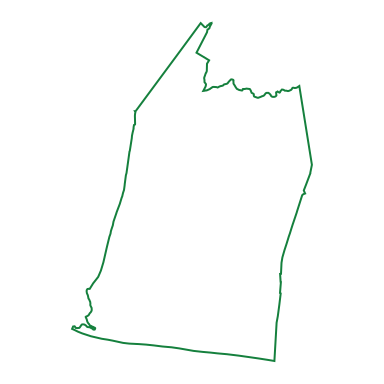 Santo Domingo Armenta, Oaxaca, Mexico (orthographic projection)
{"feature_id": "50627088B1685589835575", "entity_name": "Santo Domingo Armenta", "entity_type": "district", "adm_level": 2, "iso_a3": "MEX", "parent_name": "Mexico", "parent_adm1": "Oaxaca", "projection": "orthographic", "projection_center": [-98.373, 16.341], "detail": "fine", "context": "isolated", "style": "outline", "palette": "green", "viewbox_px": 384, "rotation_deg": 0, "n_neighbors": 0, "source": "geoboundaries", "source_scale": "gbopen_adm2", "svg_char_len": 4003}
<svg xmlns="http://www.w3.org/2000/svg" viewBox="0 0 384 384"><path d="M134.9,111.2L135.4,112.2L135.3,112.7L135.1,113.6L135.0,114.6L134.9,115.9L135.0,119.7L135.1,124.1L135.0,124.5L134.0,125.0L133.7,126.6L133.6,127.5L133.5,128.3L133.6,128.5L133.5,129.1L132.7,132.3L132.0,135.7L131.9,136.8L131.8,138.1L129.8,150.9L129.5,151.5L128.0,162.4L126.5,173.1L125.9,175.2L124.9,182.9L124.8,183.5L124.6,185.6L124.0,190.0L123.0,193.0L122.2,196.5L121.7,197.6L119.8,203.9L116.5,212.6L116.5,212.8L113.5,221.6L112.8,225.4L111.6,228.9L110.9,231.2L110.5,233.7L109.4,236.8L106.9,247.0L103.4,262.3L103.3,262.6L100.9,270.6L98.2,276.9L93.5,282.9L93.3,283.1L89.7,288.9L88.8,288.8L87.5,289.0L87.1,289.5L86.8,290.0L86.6,291.0L86.8,292.6L86.9,293.2L87.8,295.2L88.1,296.5L88.5,298.6L89.0,299.2L89.3,299.8L89.7,300.8L90.2,301.9L90.4,303.6L90.3,305.0L90.5,305.7L91.2,307.1L91.6,307.9L91.7,309.2L91.7,310.2L91.3,311.4L90.6,312.4L89.9,313.1L89.4,313.8L89.0,314.7L88.2,315.5L87.1,316.2L86.2,316.5L85.7,317.0L86.2,318.2L86.7,319.3L86.9,320.0L87.0,320.5L87.2,321.2L87.5,322.0L87.8,322.5L88.3,323.3L88.9,323.9L89.4,324.7L89.8,325.3L90.4,325.8L91.0,325.9L91.8,326.4L92.5,326.7L93.1,326.9L93.7,327.2L94.3,327.6L94.9,327.8L95.2,328.2L95.0,329.0L94.6,329.6L93.6,329.6L93.1,329.4L92.9,329.1L92.3,328.5L91.3,328.2L90.6,327.6L89.9,327.4L88.7,327.1L87.9,327.1L87.2,326.9L86.5,326.2L86.2,325.7L85.2,325.1L84.9,324.8L83.9,324.4L82.8,324.4L82.1,324.4L81.3,325.1L80.4,326.5L79.7,327.5L79.2,327.9L78.1,328.0L77.3,328.1L75.7,327.9L75.4,327.3L75.0,326.8L74.6,326.3L73.1,326.5L72.1,328.9L74.8,330.1L78.0,331.7L82.2,333.4L86.5,334.8L89.0,335.6L90.7,336.2L101.9,338.8L107.8,339.7L112.5,340.6L123.1,342.9L129.2,343.6L139.1,344.1L146.1,344.6L153.7,345.4L162.4,346.5L171.6,347.3L179.3,348.4L193.6,350.9L202.7,351.9L210.6,352.6L217.8,353.4L226.9,354.2L238.5,355.6L249.8,357.2L258.9,358.5L267.9,359.9L274.4,361.0L276.6,322.7L277.8,316.2L279.3,305.0L280.7,293.4L280.0,293.0L280.9,282.0L280.6,281.9L280.1,273.9L281.0,273.8L281.5,262.9L281.6,262.2L282.4,257.4L284.5,250.1L286.5,244.0L287.8,239.8L288.8,236.5L289.9,233.4L290.7,230.8L291.5,228.2L292.4,225.4L292.8,224.1L292.9,223.9L296.7,212.6L297.0,211.5L302.2,195.2L303.3,194.2L305.1,193.5L305.0,193.3L303.8,190.5L304.2,189.4L306.0,184.8L310.4,173.1L310.3,172.8L311.3,167.8L311.9,164.8L303.3,111.0L299.3,86.0L296.9,87.6L295.9,87.9L294.7,88.0L293.7,87.8L293.0,87.7L292.4,88.0L291.9,88.9L291.2,89.8L290.2,90.3L289.1,90.8L288.0,91.1L286.3,90.7L284.9,90.7L283.7,89.9L282.8,89.6L281.8,89.6L281.3,90.3L280.5,91.1L279.9,92.4L279.5,92.6L278.2,92.0L277.6,91.5L276.1,92.4L276.2,93.5L276.4,95.5L275.7,96.3L274.9,96.7L274.0,96.9L272.9,96.9L271.9,96.6L271.1,95.9L270.8,95.5L270.7,95.0L270.1,94.3L269.3,93.5L268.4,92.9L267.2,92.9L266.5,92.9L265.7,93.3L264.1,95.4L263.0,96.0L262.3,96.2L261.6,96.4L260.9,96.8L259.8,97.2L258.7,97.6L258.1,97.8L257.3,97.7L256.3,97.3L255.3,97.0L254.2,96.5L253.9,96.0L253.8,95.6L253.8,94.3L253.5,93.8L251.6,92.8L251.2,91.8L250.8,90.6L250.0,89.3L249.7,89.0L248.7,88.9L247.2,88.7L246.7,88.6L244.6,89.0L243.8,89.0L243.2,89.0L242.8,89.1L242.6,89.9L242.3,90.4L241.6,90.5L240.4,90.2L239.2,90.0L238.0,89.4L236.8,88.8L236.2,87.9L235.5,86.9L235.2,86.3L234.7,85.5L234.3,84.8L233.9,84.3L233.5,83.5L233.5,82.5L233.4,81.5L233.5,80.3L233.1,79.8L231.9,79.4L231.1,79.4L230.0,80.4L228.9,81.6L228.3,82.3L227.7,83.2L226.8,83.8L225.5,84.1L224.1,84.4L223.0,85.5L221.8,85.9L220.6,86.1L219.3,86.6L217.7,87.5L216.4,87.1L215.1,87.0L213.4,86.9L212.4,87.1L211.5,87.9L210.5,88.4L209.9,89.0L208.1,89.8L206.7,90.4L205.6,90.5L204.7,90.7L203.3,90.9L205.6,86.5L206.0,84.7L205.8,83.8L205.0,82.8L204.5,82.1L204.5,80.9L204.4,79.4L204.2,78.7L204.2,77.8L204.6,76.5L205.0,75.5L205.4,74.2L205.9,72.9L206.2,72.7L206.8,71.0L207.0,63.7L209.1,60.3L196.5,52.7L207.0,32.3L207.5,29.5L208.5,29.1L209.5,28.0L209.8,26.7L211.4,23.8L211.1,23.7L211.3,23.0L210.5,23.2L209.5,23.7L209.1,24.3L208.3,25.0L207.3,25.5L206.6,26.6L206.1,27.1L205.2,27.2L204.5,27.0L200.7,23.1L177.5,54.6L135.6,111.2L134.9,111.2Z" fill="none" stroke="#15803d" stroke-width="2"/></svg>